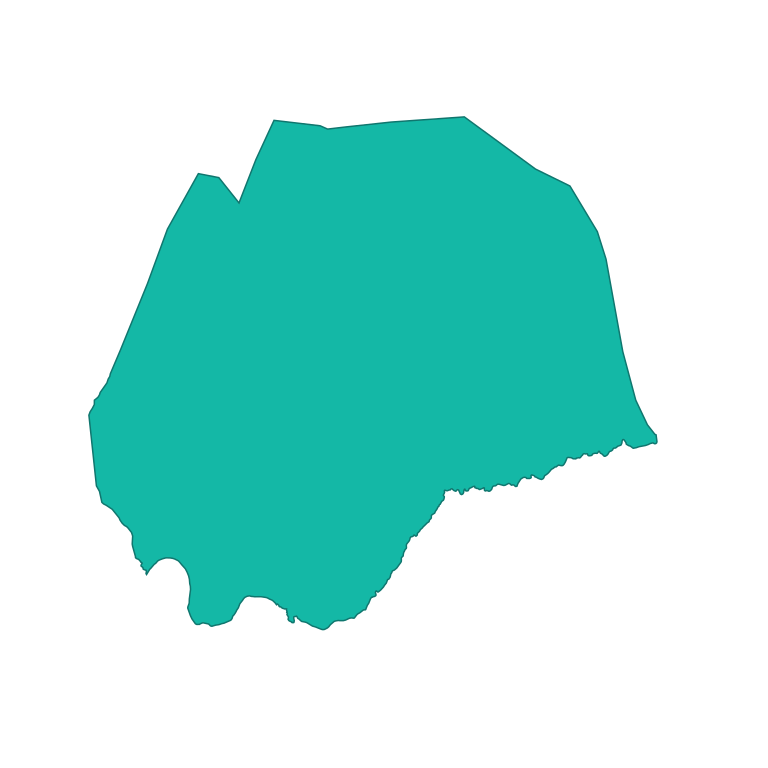 outline of Xovd, Uvs, Mongolia, rotated 284°
{"feature_id": "93677404B40816338694453", "entity_name": "Xovd", "entity_type": "district", "adm_level": 2, "iso_a3": "MNG", "parent_name": "Mongolia", "parent_adm1": "Uvs", "projection": "robinson", "projection_center": [90.829, 49.365], "detail": "fine", "context": "isolated", "style": "filled", "palette": "teal", "viewbox_px": 768, "rotation_deg": 284, "n_neighbors": 0, "source": "geoboundaries", "source_scale": "gbopen_adm2", "svg_char_len": 6159}
<svg xmlns="http://www.w3.org/2000/svg" viewBox="0 0 768 768"><g transform="rotate(284 384 384)"><path d="M219.8,443.0L221.8,444.2L223.9,443.9L225.5,443.9L227.3,444.4L228.1,444.4L229.9,445.4L230.6,445.4L232.8,444.7L234.2,444.7L237.6,446.3L238.8,446.6L241.0,446.6L241.5,446.8L242.4,447.3L242.8,448.4L243.6,449.2L244.7,449.7L244.6,450.6L244.2,451.1L244.1,451.6L244.2,452.0L245.1,452.6L245.6,452.8L247.1,452.5L249.6,454.0L250.3,454.3L251.4,454.5L253.7,456.1L255.0,456.6L256.3,457.5L259.8,459.6L261.0,460.8L261.4,461.0L263.3,461.1L264.7,462.1L265.5,462.3L267.8,461.8L268.7,462.2L271.0,464.4L273.0,464.7L275.2,465.6L277.7,466.1L278.8,466.9L279.6,466.8L280.3,467.0L280.9,467.6L284.0,468.4L285.7,469.8L286.2,469.7L286.7,470.0L288.9,469.9L289.4,469.7L290.2,468.6L290.6,468.5L293.2,469.0L294.1,468.8L294.7,468.4L295.5,468.5L295.7,468.9L295.6,470.6L295.8,471.4L297.0,473.0L297.1,473.7L297.4,474.0L298.1,474.2L298.8,475.2L297.5,477.8L297.3,479.4L297.5,479.8L299.2,480.7L299.3,481.1L299.2,482.0L295.9,484.6L295.6,485.3L295.5,486.1L296.0,486.7L296.6,487.2L297.8,487.5L300.2,487.3L301.3,487.5L301.5,487.7L301.5,488.0L300.2,489.0L300.1,489.5L300.3,490.5L300.9,491.5L303.2,492.0L305.1,494.3L305.8,494.9L306.5,496.2L306.6,496.7L306.1,497.1L305.5,497.2L305.3,497.5L305.3,498.5L305.1,499.0L305.3,500.8L304.7,501.9L304.8,502.4L306.5,504.9L307.3,505.6L307.4,506.0L307.4,506.5L305.5,507.0L305.0,507.4L304.8,507.8L304.8,508.5L305.5,509.4L305.5,510.0L305.3,511.8L305.8,512.7L307.6,513.9L310.4,514.2L311.0,514.5L311.5,515.0L312.3,517.0L314.1,518.3L314.6,519.6L314.5,524.6L314.8,525.5L315.2,526.2L317.4,528.6L317.7,529.3L317.6,530.5L317.0,531.3L316.7,532.3L317.4,533.6L317.4,534.3L317.2,534.9L316.7,535.6L316.4,536.5L316.9,537.7L319.8,538.0L324.8,539.7L326.9,541.6L327.5,542.9L327.6,544.1L327.4,544.7L327.0,545.1L326.9,545.4L327.5,548.0L327.9,548.7L328.6,549.4L329.2,549.4L330.4,548.8L331.2,549.0L331.5,549.3L331.5,550.1L331.4,551.8L331.0,552.5L330.4,553.0L330.4,554.3L329.8,556.2L329.5,558.1L329.5,560.0L329.9,560.5L330.5,561.2L331.5,561.7L334.0,562.1L335.4,563.5L336.7,564.5L337.8,565.2L341.7,567.1L343.2,568.7L344.7,569.8L345.0,570.2L345.1,570.9L345.5,571.3L347.3,572.7L347.6,573.3L347.6,575.5L347.9,576.7L348.4,577.4L349.9,578.2L352.5,578.9L356.6,579.5L357.0,579.8L357.3,580.4L357.8,583.6L357.2,585.6L357.8,588.3L358.5,588.5L359.6,590.8L359.6,591.7L360.0,592.2L361.3,592.9L361.8,593.0L363.1,593.9L363.7,593.9L364.6,594.6L364.8,595.0L364.9,596.6L365.4,597.9L365.4,598.3L364.2,599.1L363.9,599.7L364.1,601.0L364.8,602.5L365.2,603.0L366.1,603.2L366.6,603.5L367.2,604.2L367.7,605.1L368.1,606.4L368.2,607.4L368.4,607.7L370.7,608.8L370.7,609.3L369.2,610.7L368.9,612.3L367.2,615.1L367.4,616.0L368.4,617.2L369.2,617.8L370.2,618.3L372.4,618.9L373.1,619.3L374.0,620.7L374.7,621.3L375.5,621.8L376.6,622.0L377.3,622.4L377.9,624.1L378.6,624.8L380.2,625.9L381.8,628.4L382.3,628.8L384.4,629.1L386.4,628.8L387.7,629.1L388.0,629.5L388.0,630.2L387.6,630.8L385.6,633.0L384.4,633.5L384.1,634.0L383.4,636.2L383.3,638.1L382.0,641.1L382.0,641.5L383.3,644.3L384.8,646.5L387.6,652.6L389.3,655.2L390.6,656.7L391.7,658.7L391.9,659.4L391.5,660.8L391.6,661.5L392.1,662.3L392.9,662.8L394.1,662.8L400.5,660.3L400.7,659.0L408.1,649.5L429.2,632.2L473.1,607.9L558.9,569.2L583.5,554.1L621.1,516.5L629.2,479.0L662.6,397.3L639.9,327.6L624.3,285.1L617.7,267.6L619.1,259.6L613.2,213.5L570.7,205.4L524.6,199.5L544.3,173.8L543.2,153.0L481.9,136.4L424.1,130.2L352.9,120.0L327.8,116.0L325.0,116.1L322.1,115.2L318.0,114.9L307.2,110.7L304.4,110.5L301.8,109.6L298.2,106.9L294.0,107.9L289.8,106.9L286.0,105.6L282.4,105.2L215.6,129.6L211.0,133.9L200.9,138.9L199.8,140.9L199.1,143.9L196.7,150.6L190.1,159.3L188.1,160.8L185.6,163.6L184.0,166.3L183.4,168.7L182.4,170.4L178.9,174.9L175.7,176.9L167.8,178.4L165.8,179.3L156.6,184.5L155.4,184.9L154.8,185.9L154.6,187.1L154.5,188.3L152.8,190.8L152.4,191.0L152.1,192.2L151.2,192.7L150.6,192.3L149.3,192.1L148.7,192.3L148.3,192.7L148.0,193.8L147.7,194.3L146.0,195.3L145.8,196.7L145.7,198.3L143.9,199.0L143.0,198.8L142.3,199.1L141.7,199.7L147.5,201.5L148.5,202.2L153.5,204.7L154.7,205.8L156.0,206.5L157.4,207.1L158.8,208.5L160.9,211.5L162.6,214.5L163.5,218.6L163.7,221.0L163.6,223.1L162.7,227.2L161.7,228.8L159.8,231.3L156.7,235.9L153.9,238.4L150.6,240.8L147.5,242.4L143.3,243.8L141.0,245.0L137.8,246.0L128.4,247.1L124.2,248.0L120.0,247.6L118.9,247.9L112.4,252.2L109.6,254.5L105.8,258.9L105.4,260.1L105.6,261.2L106.1,263.1L106.8,263.7L107.8,265.0L108.5,266.1L108.7,271.9L107.3,274.2L107.3,275.6L109.3,279.0L110.6,282.1L112.3,284.7L113.2,286.6L117.7,292.5L119.6,293.3L122.1,293.4L123.7,294.3L125.6,295.0L127.3,295.5L128.9,295.8L131.6,296.8L135.9,297.3L139.9,299.1L141.7,299.7L143.3,300.6L144.9,302.5L145.9,304.7L145.8,306.6L146.1,308.3L146.3,310.1L147.4,314.2L147.9,316.5L148.3,320.8L148.3,322.4L147.6,325.1L147.3,327.2L146.8,328.7L145.3,331.3L143.8,333.1L144.7,333.7L144.6,334.2L143.6,335.7L143.0,335.9L142.6,336.5L142.8,337.6L141.9,339.5L141.7,342.3L142.1,343.0L142.2,343.9L141.3,344.0L140.6,344.3L140.0,344.9L138.9,344.8L138.6,345.3L138.1,345.7L136.8,345.6L134.8,347.7L132.4,347.9L131.4,349.0L131.0,350.4L130.9,351.4L130.3,352.3L130.2,352.7L130.5,352.9L130.6,353.3L130.6,354.1L131.0,354.3L132.6,354.2L134.8,353.1L136.2,352.8L136.7,353.3L136.9,354.1L137.6,355.3L137.4,355.7L135.8,357.0L135.4,358.3L134.1,360.6L133.7,361.6L133.9,365.4L133.7,367.1L131.8,373.1L131.7,376.2L130.9,382.0L130.8,383.4L131.0,384.5L131.5,385.7L133.6,388.1L135.0,389.1L137.5,390.2L141.6,393.1L142.4,394.4L143.5,396.9L143.7,398.4L144.6,401.9L145.7,403.9L148.3,407.1L149.1,408.8L149.5,411.5L149.9,411.9L153.4,413.4L154.4,414.0L156.3,416.0L159.9,418.8L160.3,420.3L160.5,420.7L161.0,420.9L161.7,420.9L165.3,421.4L167.5,422.2L172.6,422.9L174.1,423.6L174.3,424.3L175.0,424.9L175.2,425.6L175.9,426.6L176.6,427.2L177.2,427.3L178.1,427.0L179.3,426.2L179.8,426.1L180.6,426.1L181.0,426.3L181.3,426.5L181.3,426.9L180.7,428.1L180.7,428.5L181.0,428.9L183.2,430.6L187.1,432.7L188.6,433.1L191.4,434.4L195.1,434.8L195.8,435.9L198.2,436.7L201.3,436.6L202.9,437.2L204.0,437.2L204.8,437.5L206.0,439.1L208.5,440.9L215.0,443.5L215.9,443.7L216.8,443.6L219.0,443.0L219.8,443.0Z" fill="#14b8a6" stroke="#0f766e" stroke-width="1.5"/></g></svg>